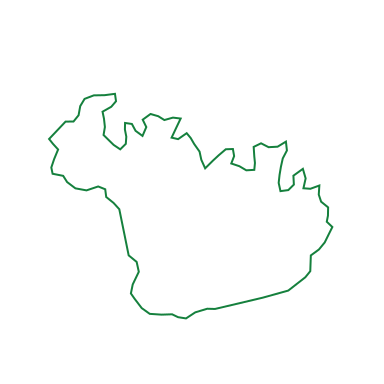 outline of São Miguel da Boa Vista, Santa Catarina, Brazil, rotated 64°
{"feature_id": "56859067B14006103520237", "entity_name": "São Miguel da Boa Vista", "entity_type": "district", "adm_level": 2, "iso_a3": "BRA", "parent_name": "Brazil", "parent_adm1": "Santa Catarina", "projection": "natural_earth1", "projection_center": [-53.256, -26.687], "detail": "fine", "context": "isolated", "style": "outline", "palette": "green", "viewbox_px": 384, "rotation_deg": 64, "n_neighbors": 0, "source": "geoboundaries", "source_scale": "gbopen_adm2", "svg_char_len": 1522}
<svg xmlns="http://www.w3.org/2000/svg" viewBox="0 0 384 384"><g transform="rotate(64 192 192)"><path d="M114.5,309.3L121.0,300.7L128.3,299.9L137.6,295.2L144.3,286.1L145.9,273.9L151.5,268.8L158.9,271.3L167.4,267.3L175.6,264.9L200.4,271.3L221.2,276.7L230.6,272.4L240.4,274.8L249.1,285.8L256.4,291.4L262.8,290.4L274.3,288.1L283.0,283.4L288.9,273.1L293.2,263.5L298.4,259.4L303.0,252.8L301.6,241.8L303.6,229.5L307.2,222.6L318.0,174.7L322.8,148.7L318.3,127.5L315.0,120.4L301.1,113.0L299.3,103.1L295.5,94.8L290.3,88.1L285.0,81.2L277.8,83.9L272.9,80.2L265.5,76.4L257.3,80.2L249.9,79.2L242.0,74.7L241.0,84.2L237.5,90.2L229.6,83.9L219.8,82.2L221.8,93.7L230.0,97.2L232.5,104.6L230.0,112.1L221.8,110.1L215.0,105.8L208.4,101.1L201.6,95.7L196.3,88.5L187.9,85.5L188.8,95.2L185.3,103.5L178.5,108.6L178.5,116.8L187.3,120.4L193.5,122.7L199.4,126.3L196.3,133.7L189.6,138.1L183.6,144.2L178.2,138.4L171.3,136.4L168.4,142.9L170.7,151.9L172.9,159.2L176.5,169.8L167.1,169.5L159.0,167.5L149.8,169.0L142.9,169.5L136.8,171.0L138.4,181.3L134.2,186.5L127.2,177.8L121.0,170.0L116.8,176.5L115.2,185.3L109.1,189.1L103.7,195.1L105.4,204.6L113.6,204.6L119.9,211.9L112.3,215.9L104.5,216.2L100.6,221.9L106.4,224.9L113.5,226.8L119.7,230.4L122.2,237.8L115.3,241.8L109.1,244.0L102.0,246.5L95.4,241.8L87.6,239.0L80.6,237.2L80.0,227.2L77.1,220.5L70.0,218.2L66.7,228.0L62.1,237.9L61.2,247.7L65.8,254.8L73.3,260.3L76.7,267.6L73.3,274.8L81.7,297.2L87.6,295.9L95.1,293.7L102.0,301.5L108.3,307.7L114.5,309.3Z" fill="none" stroke="#15803d" stroke-width="2"/></g></svg>